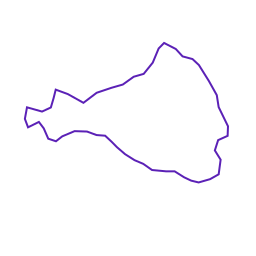 outline of Mitsero, Nicosia, Cyprus, rotated 254°
{"feature_id": "46923920B44917780052116", "entity_name": "Mitsero", "entity_type": "district", "adm_level": 2, "iso_a3": "CYP", "parent_name": "Cyprus", "parent_adm1": "Nicosia", "projection": "robinson", "projection_center": [33.124, 35.045], "detail": "fine", "context": "isolated", "style": "outline", "palette": "violet", "viewbox_px": 256, "rotation_deg": 254, "n_neighbors": 0, "source": "geoboundaries", "source_scale": "gbopen_adm2", "svg_char_len": 759}
<svg xmlns="http://www.w3.org/2000/svg" viewBox="0 0 256 256"><g transform="rotate(254 128 128)"><path d="M196.0,179.4L184.0,169.8L175.7,158.0L175.7,147.6L171.2,135.0L171.2,123.2L170.5,107.6L164.5,92.1L177.2,79.5L184.8,69.1L177.2,64.7L169.0,59.5L167.5,49.9L175.7,36.6L165.2,31.4L156.2,32.1L158.4,44.0L150.9,46.9L139.7,48.4L135.1,55.1L138.1,62.5L139.7,75.8L135.9,87.6L129.9,95.8L126.9,103.9L119.4,108.4L112.6,112.1L103.6,118.0L95.3,125.4L89.3,132.8L81.0,139.5L75.8,152.8L73.5,160.9L65.2,168.3L60.0,174.2L56.2,180.9L56.2,192.8L58.5,202.4L72.0,208.3L82.5,205.3L91.5,211.3L93.0,221.6L102.1,224.6L123.1,220.9L135.1,222.4L150.9,218.7L169.0,213.5L176.5,209.0L181.8,200.2L190.8,195.7L199.8,186.1L196.0,179.4Z" fill="none" stroke="#5b21b6" stroke-width="2"/></g></svg>